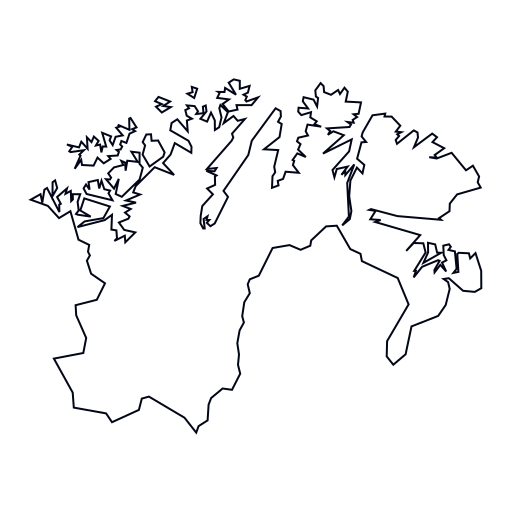 map outline of Finnmark (orthographic projection)
{"feature_id": "NOR-1062", "entity_name": "Finnmark", "entity_type": "County", "adm_level": 1, "iso_a3": "NOR", "parent_name": "Norway", "parent_adm1": "", "projection": "orthographic", "projection_center": [25.614, 69.86], "detail": "fine", "context": "isolated", "style": "outline", "palette": "ink", "viewbox_px": 512, "rotation_deg": 0, "n_neighbors": 0, "source": "natural_earth", "source_scale": "10m", "svg_char_len": 6025}
<svg xmlns="http://www.w3.org/2000/svg" viewBox="0 0 512 512"><path d="M393.3,364.7L386.7,356.4L387.1,341.1L408.6,304.4L397.7,278.0L361.9,261.1L360.5,253.8L350.3,249.1L336.8,225.7L326.1,226.4L311.2,240.4L310.3,245.7L300.6,249.8L289.5,245.1L272.6,248.0L258.8,275.7L249.8,279.3L247.7,284.3L249.8,293.2L244.3,302.2L242.2,316.2L243.9,322.5L239.6,330.4L237.3,343.2L239.0,354.5L238.0,364.8L240.2,373.7L232.0,389.8L222.6,388.5L211.1,398.1L208.6,404.6L207.6,420.4L198.6,426.1L196.2,432.6L184.5,417.7L148.9,396.6L141.8,398.6L138.9,409.9L112.0,422.2L106.1,413.4L73.8,407.6L72.7,392.6L53.9,358.6L83.3,353.0L86.2,338.0L76.2,315.3L75.6,305.2L96.8,299.8L105.0,283.3L91.1,273.7L86.9,260.7L89.9,255.4L88.0,251.7L89.2,244.9L78.5,239.7L70.4,211.2L59.0,218.1L47.9,205.9L30.7,199.7L40.5,194.2L42.3,202.6L44.4,189.7L47.0,188.0L59.4,212.1L59.2,204.6L60.8,203.8L57.1,197.0L67.0,188.4L65.5,193.8L70.8,190.9L71.2,201.1L72.9,199.4L72.7,194.2L80.2,194.2L77.6,201.9L78.7,210.4L76.0,214.0L77.7,214.7L90.7,216.6L80.3,210.5L84.3,198.4L109.9,206.5L103.4,218.1L84.7,221.4L77.5,227.1L104.7,220.1L112.0,214.8L111.4,229.6L116.4,230.4L117.0,238.3L114.4,240.9L124.8,235.7L125.3,242.3L135.3,232.4L124.2,229.9L118.9,222.5L128.4,218.7L129.6,216.4L125.0,212.6L130.7,209.0L122.7,205.9L136.0,202.6L126.0,200.5L140.1,194.5L133.2,192.4L135.7,186.1L154.7,167.2L174.1,174.9L163.1,163.1L170.6,154.5L174.8,143.1L191.3,152.8L191.5,146.8L188.5,140.8L170.3,130.3L171.6,123.0L177.3,119.3L187.7,131.3L186.9,120.5L191.9,118.7L186.7,115.7L185.3,110.1L189.0,108.3L186.9,105.4L194.6,106.1L198.0,111.3L196.2,114.0L203.5,113.2L202.9,106.7L205.7,105.5L206.5,111.4L200.4,118.8L207.1,121.6L211.0,112.6L214.8,120.4L214.9,130.0L219.2,127.2L221.5,117.4L219.3,108.2L220.4,105.0L227.9,112.2L223.7,123.2L233.5,116.0L237.7,120.8L244.9,119.0L232.0,133.7L233.3,137.5L231.6,140.8L206.9,169.0L216.6,168.0L214.5,171.3L206.3,170.8L216.5,175.4L214.9,176.5L215.1,184.9L207.1,188.5L212.9,194.3L202.3,206.0L200.7,215.8L200.4,223.2L203.2,228.5L204.7,228.4L203.6,219.0L207.5,216.3L206.5,220.0L209.3,220.0L206.8,222.8L210.4,226.2L214.7,223.5L228.0,196.9L223.5,190.9L248.3,155.0L251.8,140.7L275.6,108.3L280.6,111.1L280.9,116.5L278.0,121.8L281.7,124.0L279.5,137.1L264.0,149.3L278.2,150.1L274.2,166.8L275.2,172.3L272.5,176.2L272.0,187.8L278.5,185.4L277.7,180.9L283.1,178.9L285.6,171.7L298.8,172.8L292.9,165.1L294.2,160.9L292.6,160.0L297.3,153.4L305.8,157.0L298.1,149.6L300.5,144.1L297.0,141.3L298.3,137.7L308.0,135.5L305.7,131.3L307.5,124.6L321.2,126.7L314.4,124.2L316.7,121.3L310.3,117.4L311.0,112.2L301.3,115.1L298.2,111.6L298.6,107.7L308.1,108.5L302.8,101.3L303.6,97.2L313.5,99.6L317.1,106.5L318.1,98.0L315.9,96.5L315.3,90.4L320.6,83.1L323.6,86.1L324.1,92.1L331.0,94.8L338.1,90.0L340.0,94.0L344.5,87.7L347.8,91.7L345.7,101.6L361.0,102.4L358.6,113.8L353.6,114.3L357.1,117.0L352.7,119.9L353.7,122.7L347.5,122.0L351.0,124.5L349.5,127.0L327.0,128.4L330.2,131.0L327.9,134.8L333.4,131.3L343.8,135.2L323.0,153.6L351.7,139.4L349.1,151.4L332.5,170.0L334.4,177.3L336.8,169.0L347.6,166.6L341.4,174.8L345.3,171.3L345.3,175.1L354.3,164.4L347.2,183.0L348.9,216.5L342.2,225.4L349.8,219.1L351.4,211.1L349.2,196.3L350.4,180.6L356.9,167.6L362.5,173.4L364.3,164.9L357.1,158.7L361.5,142.3L366.1,142.0L361.6,136.4L362.7,132.4L372.5,115.3L385.2,113.6L384.5,116.5L391.6,116.6L400.3,125.7L395.8,131.6L401.3,132.2L397.2,134.3L399.1,136.0L395.7,140.0L397.0,143.8L413.8,130.4L417.5,132.5L418.0,137.5L414.0,147.2L432.2,133.6L437.0,137.2L432.5,142.1L444.2,148.2L434.7,155.0L436.7,157.6L429.2,157.2L436.7,158.5L451.6,152.8L466.0,170.3L472.9,165.7L479.1,176.5L477.7,182.3L480.7,187.6L457.1,194.4L449.8,203.6L449.5,211.2L439.1,218.1L441.1,219.8L397.4,216.1L371.0,209.1L369.3,209.9L375.6,210.9L370.3,219.3L380.6,220.0L375.2,222.0L420.2,235.1L406.2,250.9L413.7,243.0L423.3,243.3L425.6,252.5L414.2,270.9L415.9,270.9L413.7,277.4L422.1,266.8L438.1,260.2L439.6,260.8L434.4,270.0L434.6,272.4L440.3,264.9L446.2,271.5L442.0,262.6L446.4,260.3L443.7,255.0L443.3,245.7L449.0,244.3L450.8,246.8L448.5,249.9L454.9,251.4L456.6,268.8L453.4,272.9L458.4,271.9L457.3,254.0L458.7,252.8L468.9,253.3L470.2,258.4L475.5,253.1L481.2,270.8L481.3,288.2L474.8,291.9L463.1,290.8L448.8,278.2L443.6,279.0L448.1,282.1L449.7,288.9L445.7,305.0L438.2,315.9L411.5,326.4L405.6,354.3L393.3,364.7ZM93.6,165.6L82.0,165.0L81.2,159.8L74.7,168.8L80.5,155.7L79.3,154.6L83.9,150.2L70.6,152.1L69.3,151.3L72.3,146.8L66.9,144.5L79.0,147.4L81.3,141.7L87.6,148.7L86.9,137.3L91.5,142.1L93.9,136.6L98.6,140.9L95.9,145.5L100.1,144.6L101.4,152.4L102.7,146.5L106.2,146.6L102.2,132.8L111.1,136.4L109.6,140.4L112.7,145.1L115.6,136.8L122.7,135.4L116.2,127.7L119.4,126.7L117.9,124.8L129.4,129.8L129.2,118.6L130.5,118.0L136.5,127.4L132.1,129.2L135.1,131.1L129.5,133.7L126.4,142.9L121.4,141.0L120.2,144.5L122.2,146.5L120.7,149.4L116.6,150.0L118.9,151.9L117.7,155.5L108.2,156.1L110.6,158.9L103.7,163.3L97.5,157.6L93.6,165.6ZM142.8,167.7L139.6,179.5L121.8,196.8L115.7,194.0L118.8,178.8L114.0,188.6L106.0,179.2L109.9,179.5L111.1,177.6L108.2,173.4L114.0,167.4L123.3,165.0L121.3,160.9L125.2,162.6L125.6,170.7L127.3,160.7L137.7,161.9L131.4,151.7L139.6,152.7L139.5,163.8L142.8,167.7ZM246.5,101.5L258.0,97.4L251.6,105.1L236.5,105.1L237.5,109.6L228.7,111.5L222.6,104.0L229.0,99.4L217.2,97.9L219.7,92.8L218.2,91.9L224.5,92.0L225.1,87.9L236.0,94.7L228.7,82.7L233.7,79.4L239.8,80.8L239.8,88.8L249.6,85.9L247.9,92.6L243.5,94.7L246.8,96.6L245.3,100.2L246.5,101.5ZM158.1,140.5L164.6,152.4L163.2,156.7L149.6,166.5L142.6,154.6L145.1,145.4L142.7,142.1L146.3,134.5L151.0,134.3L151.6,140.8L158.1,140.5ZM108.5,193.3L112.5,200.3L86.6,194.0L83.6,188.4L86.0,184.5L89.6,189.6L88.5,182.1L97.8,180.0L99.2,188.5L101.5,180.7L104.3,189.2L110.1,190.6L108.5,193.3ZM437.1,252.6L441.1,252.8L423.4,262.9L428.1,252.4L428.0,242.8L435.2,244.4L437.1,252.6ZM163.3,106.0L170.8,107.1L161.8,112.5L156.0,106.7L161.8,104.1L155.1,101.2L158.5,96.9L170.1,101.5L163.3,106.0ZM55.1,180.4L57.2,188.0L52.5,196.1L52.6,182.2L55.1,180.4ZM197.2,88.7L194.2,98.0L187.4,93.7L192.6,92.2L191.8,86.9L197.2,88.7Z" fill="none" stroke="#020617" stroke-width="2"/></svg>